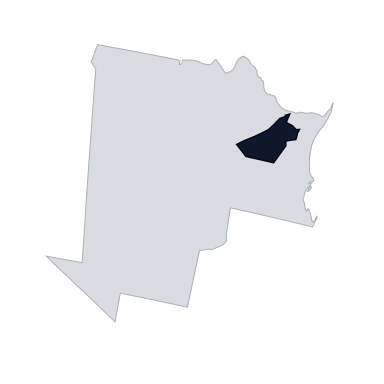 Boutilimitt, Trarza, Mauritania (highlighted), rotated 193°
{"feature_id": "47542326B79459539986617", "entity_name": "Boutilimitt", "entity_type": "district", "adm_level": 2, "iso_a3": "MRT", "parent_name": "Mauritania", "parent_adm1": "Trarza", "projection": "orthographic", "projection_center": [-14.406, 17.884], "detail": "fine", "context": "in_parent", "style": "filled", "palette": "ink", "viewbox_px": 384, "rotation_deg": 193, "n_neighbors": 0, "source": "geoboundaries", "source_scale": "gbopen_adm2", "svg_char_len": 3831}
<svg xmlns="http://www.w3.org/2000/svg" viewBox="0 0 384 384"><g transform="rotate(193 192 192)"><path d="M168.4,334.5L167.9,334.4L165.6,332.7L164.4,330.8L162.6,329.3L160.0,328.4L158.3,327.3L157.5,326.0L156.6,325.2L155.6,324.7L155.5,324.3L155.7,323.7L155.5,322.5L153.9,319.9L152.5,318.8L151.3,319.0L150.6,318.7L150.2,318.1L150.1,317.3L149.2,316.5L147.8,316.2L146.7,314.3L145.8,310.8L144.7,308.1L143.3,306.1L142.3,305.4L141.6,305.3L141.3,305.0L141.1,304.4L140.1,304.2L138.6,304.8L137.2,304.6L136.6,303.6L135.6,303.6L134.5,304.4L133.2,304.1L131.8,302.9L131.0,301.6L130.8,300.4L128.4,297.9L123.7,294.2L118.5,292.5L113.0,292.7L109.9,292.6L109.2,292.0L108.5,292.0L107.8,292.7L107.1,292.8L106.3,292.5L105.8,292.7L105.6,293.7L103.7,294.2L100.0,294.2L96.9,294.7L94.7,295.8L91.4,296.3L87.2,296.1L84.7,295.7L83.8,295.0L82.6,294.8L81.1,295.2L79.7,297.0L78.4,300.3L77.4,302.2L76.6,302.6L75.7,305.1L75.2,309.2L74.4,311.0L74.5,300.7L75.7,296.9L76.2,293.5L78.8,286.1L81.9,280.0L84.8,272.0L85.9,264.1L85.6,256.4L84.9,249.6L83.5,245.1L82.2,238.5L80.2,235.1L76.6,232.0L75.8,230.2L76.6,229.6L78.9,229.2L80.3,226.8L77.3,227.7L80.9,220.5L82.0,215.7L81.9,212.4L82.5,210.5L79.9,206.1L77.9,200.7L76.9,199.8L75.8,199.4L75.7,200.6L75.1,201.8L73.8,201.1L71.6,197.1L68.5,190.7L67.4,190.0L66.5,190.9L65.9,191.7L64.8,197.0L64.5,194.9L65.0,192.4L65.8,189.3L66.7,185.1L69.5,185.1L74.4,185.2L84.1,185.2L89.0,185.3L98.8,185.3L103.7,185.4L113.5,185.4L118.4,185.4L128.2,185.4L133.1,185.3L142.9,185.3L147.8,185.3L151.0,185.2L150.8,182.2L150.6,179.8L150.4,176.5L150.2,173.3L149.9,170.1L149.7,167.1L149.5,164.1L149.3,161.2L149.1,158.7L148.8,157.2L147.8,154.3L147.5,152.8L147.8,151.3L148.5,149.8L150.3,147.1L153.2,145.1L156.4,142.7L158.9,140.9L160.2,140.4L164.1,139.8L167.2,138.4L170.2,137.0L171.4,136.3L171.5,133.8L170.6,78.7L185.1,78.5L189.0,78.5L215.8,77.9L219.6,77.8L239.1,77.3L239.0,74.7L238.8,71.0L238.6,65.9L238.3,60.8L237.9,51.8L237.7,48.0L241.7,50.4L249.5,55.2L253.5,57.5L261.4,62.3L269.3,67.0L277.3,71.7L281.3,74.0L285.3,76.4L289.3,78.7L293.3,81.1L301.3,85.7L304.6,87.7L309.8,90.8L314.6,93.7L319.5,96.7L312.3,97.0L302.7,97.5L296.2,97.8L289.4,98.1L283.1,98.4L284.0,103.6L284.9,109.2L285.8,114.8L286.7,120.5L287.6,126.1L290.3,143.0L291.3,148.7L292.2,154.3L293.1,160.0L294.0,165.6L295.8,176.9L296.7,182.6L297.6,188.2L298.5,193.9L299.4,199.5L300.2,205.2L302.0,216.5L302.9,222.2L303.8,227.9L304.7,233.5L305.6,239.2L306.5,244.8L307.3,250.5L308.2,256.2L310.0,267.5L310.8,273.2L311.7,278.8L312.6,284.5L313.4,290.0L316.1,292.8L319.5,296.2L318.8,301.4L318.0,307.6L317.0,314.4L307.9,314.8L299.0,315.2L276.7,316.1L272.2,316.3L249.8,317.1L245.3,317.2L236.7,317.5L234.1,317.4L233.2,316.9L232.8,313.4L232.0,313.7L231.1,314.7L230.7,315.8L230.9,317.3L230.8,318.5L227.9,319.1L224.0,320.0L219.9,320.7L215.8,320.6L214.3,320.3L212.8,319.9L209.5,319.5L207.7,319.5L205.7,319.6L203.3,320.0L202.5,320.6L200.7,323.2L199.0,326.3L197.8,326.3L196.5,324.7L192.8,321.6L188.5,317.6L186.5,315.6L185.4,315.4L183.3,316.9L181.6,318.3L179.8,320.3L179.0,322.2L178.3,324.4L178.1,327.1L177.4,330.2L175.9,332.7L174.2,334.6L172.9,335.5L172.3,336.0L168.4,334.5ZM78.9,222.4L77.5,224.6L76.9,223.7L76.7,222.3L77.9,220.2L78.5,219.1L79.6,218.7L78.9,222.4Z" fill="#d9dde1" stroke="#a8b0b8" stroke-width="1"/><path d="M119.1,238.8L110.9,258.2L111.9,261.7L111.9,262.1L111.8,262.8L105.1,265.6L104.6,265.8L102.7,266.4L102.5,267.5L102.4,271.2L102.4,273.4L101.3,277.1L104.6,276.2L108.4,278.7L108.5,278.9L115.8,281.0L115.1,285.6L114.3,290.0L115.8,289.1L118.3,287.8L118.1,286.5L123.0,283.4L124.3,281.1L124.7,280.5L124.9,280.2L125.2,279.8L125.5,279.3L125.7,279.0L125.8,278.8L125.9,278.4L126.4,277.8L126.5,277.4L131.3,270.2L132.6,269.0L135.5,266.6L142.1,261.3L145.6,258.7L152.2,254.1L159.2,248.4L147.5,238.8L144.7,238.8L139.9,238.8L125.5,238.9L119.1,238.8Z" fill="#0f172a" stroke="#020617" stroke-width="1.5"/></g></svg>